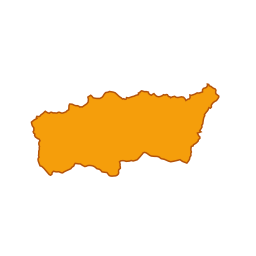 outline of Formoso, Goiás, Brazil, rotated 54°
{"feature_id": "56859067B82615632174924", "entity_name": "Formoso", "entity_type": "district", "adm_level": 2, "iso_a3": "BRA", "parent_name": "Brazil", "parent_adm1": "Goiás", "projection": "orthographic", "projection_center": [-48.87, -13.706], "detail": "fine", "context": "isolated", "style": "filled", "palette": "amber", "viewbox_px": 256, "rotation_deg": 54, "n_neighbors": 0, "source": "geoboundaries", "source_scale": "gbopen_adm2", "svg_char_len": 3677}
<svg xmlns="http://www.w3.org/2000/svg" viewBox="0 0 256 256"><g transform="rotate(54 128 128)"><path d="M190.1,101.6L191.0,101.0L190.5,99.3L190.1,98.0L189.3,96.4L188.1,95.3L187.3,93.3L185.3,92.0L184.7,90.8L182.9,90.2L181.1,88.7L180.1,87.5L180.8,86.0L180.0,84.9L180.2,82.7L180.2,81.4L179.8,79.0L178.8,77.9L178.6,75.9L177.4,75.1L175.8,75.4L174.2,75.1L172.9,74.8L173.4,73.3L174.0,71.2L172.4,71.6L171.3,68.9L170.7,67.6L169.1,66.7L168.6,65.1L167.0,63.6L165.5,62.1L164.0,60.4L163.2,58.7L162.1,58.3L161.1,55.1L160.8,53.7L160.3,52.5L159.1,50.5L160.4,49.7L160.1,48.2L158.4,47.1L157.6,44.6L157.5,42.3L157.8,40.3L157.2,38.4L156.5,36.6L155.6,35.8L153.7,36.3L151.8,36.8L150.2,35.8L149.1,34.6L147.3,34.6L146.4,35.4L144.7,36.0L143.0,36.5L141.8,37.4L140.2,37.1L139.1,38.0L140.5,38.9L141.1,40.2L141.1,41.5L140.3,43.7L140.9,45.3L142.6,46.5L141.5,50.0L140.2,51.5L139.9,54.0L139.5,55.4L138.8,57.6L137.7,58.5L138.7,59.1L139.7,59.7L140.5,61.1L139.9,62.5L139.8,65.0L137.8,64.7L135.7,65.0L134.2,66.4L132.7,69.7L131.5,71.0L129.8,71.6L128.9,73.7L128.5,75.8L127.4,75.7L126.3,76.7L124.2,76.6L123.4,77.4L123.1,78.6L121.9,79.7L122.0,81.0L121.7,82.6L120.9,84.7L119.2,86.2L116.9,86.7L115.4,86.8L115.2,88.3L115.2,89.9L113.6,90.7L112.0,91.0L111.0,90.4L109.4,91.7L108.1,93.5L106.0,95.0L105.8,96.6L106.3,97.7L105.8,99.0L107.1,99.9L106.6,101.4L106.1,102.7L105.9,104.2L105.2,105.9L104.6,107.8L104.0,109.9L102.5,111.3L103.5,112.5L103.1,113.6L101.8,114.2L101.4,115.4L99.5,115.8L98.3,116.3L96.5,116.8L94.1,117.2L92.0,117.7L90.5,118.7L89.5,119.6L87.5,121.6L87.4,122.8L86.8,124.0L86.2,125.3L86.5,126.8L86.9,127.9L87.6,129.6L87.9,130.9L87.6,133.3L85.8,135.8L84.3,137.4L83.1,138.4L81.3,138.5L79.6,138.9L79.4,142.3L81.4,143.1L83.5,144.9L83.9,146.0L84.2,147.3L84.1,149.8L84.1,151.3L84.1,152.7L83.2,153.6L82.7,154.7L81.4,155.0L80.2,155.8L79.3,157.1L78.0,158.1L76.2,159.0L75.0,160.2L74.3,161.2L75.3,162.7L76.6,163.7L78.4,165.2L78.2,167.1L78.5,168.7L77.8,171.2L77.3,172.5L76.5,173.3L75.0,174.2L74.3,175.2L74.1,176.8L72.7,178.4L71.7,179.8L70.3,180.6L69.7,181.7L69.9,182.9L68.8,183.8L67.3,184.6L65.8,185.1L66.0,186.6L66.2,188.1L66.2,189.2L66.2,190.9L66.7,192.6L66.0,193.9L65.0,194.8L65.5,195.9L66.7,196.0L66.5,197.7L66.3,199.3L66.4,201.3L66.5,202.7L67.7,203.3L69.9,204.1L72.5,204.1L73.4,204.7L74.6,205.5L75.2,206.9L76.6,207.3L78.1,206.9L79.2,208.0L80.9,208.2L82.2,207.7L83.4,207.4L84.4,206.6L85.5,206.5L86.6,206.7L87.2,208.4L88.5,209.6L91.0,210.5L91.7,211.4L93.1,212.2L94.3,213.8L96.2,215.2L97.9,216.7L99.3,217.1L99.6,218.2L100.3,219.1L101.9,220.0L104.3,220.7L106.9,221.4L108.4,220.3L111.4,219.7L113.0,219.6L115.6,219.4L119.4,219.1L120.7,218.4L120.7,216.8L119.5,215.6L119.2,213.7L121.2,212.0L122.0,210.8L122.8,209.6L125.1,208.2L125.9,207.2L125.9,205.4L126.2,203.6L126.8,200.8L127.1,199.4L127.3,198.2L126.8,196.4L126.9,194.3L126.0,192.8L125.6,191.5L127.8,189.2L129.1,187.6L131.4,186.8L133.8,185.6L134.3,184.5L134.8,182.5L135.9,180.8L137.5,179.1L138.7,178.3L140.3,177.6L142.6,177.1L144.6,175.4L146.1,174.9L148.2,174.8L149.5,173.5L151.7,171.2L153.0,171.2L155.4,171.1L156.4,170.5L157.5,169.3L159.5,166.0L159.8,164.6L159.5,162.8L158.7,161.8L157.4,161.1L156.3,160.0L156.1,157.9L155.0,157.1L153.9,156.7L152.9,155.8L151.6,155.2L150.3,154.7L150.3,153.2L151.2,151.6L152.0,150.6L152.9,149.8L153.9,149.1L155.7,146.1L156.1,144.6L157.7,143.2L158.5,141.1L159.1,139.1L158.8,137.5L158.2,134.6L157.8,133.2L157.5,131.7L157.0,130.2L157.5,128.9L158.9,127.8L161.3,127.0L162.8,126.5L164.3,125.7L166.3,123.5L168.0,121.3L169.1,120.3L170.2,119.8L172.3,119.2L173.7,117.9L174.7,117.0L178.6,114.7L180.4,113.3L181.6,110.9L183.3,106.9L184.2,104.5L186.2,103.9L187.5,103.3L188.7,102.5L190.1,101.6Z" fill="#f59e0b" stroke="#b45309" stroke-width="1.5"/></g></svg>